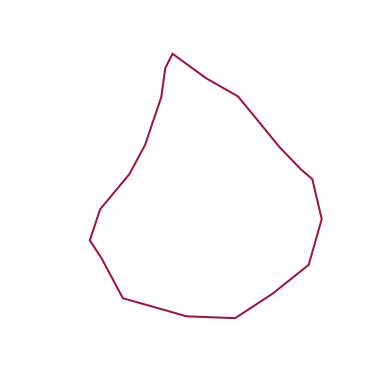 Mfoundi, Centre, Cameroon (orthographic projection), rotated 63°
{"feature_id": "32672807B36529963659187", "entity_name": "Mfoundi", "entity_type": "district", "adm_level": 2, "iso_a3": "CMR", "parent_name": "Cameroon", "parent_adm1": "Centre", "projection": "orthographic", "projection_center": [11.497, 3.804], "detail": "fine", "context": "isolated", "style": "outline", "palette": "rose", "viewbox_px": 384, "rotation_deg": 63, "n_neighbors": 0, "source": "geoboundaries", "source_scale": "gbopen_adm2", "svg_char_len": 419}
<svg xmlns="http://www.w3.org/2000/svg" viewBox="0 0 384 384"><g transform="rotate(63 192 192)"><path d="M60.0,146.6L69.4,159.5L93.6,176.4L128.8,212.5L147.7,239.8L165.6,281.6L188.7,305.0L209.7,302.7L255.3,301.8L277.8,277.5L300.3,253.3L324.0,210.8L319.1,166.2L309.9,121.1L275.0,88.7L235.1,79.0L221.3,84.7L191.5,93.7L166.0,99.2L127.8,107.6L97.0,127.8L60.0,146.6Z" fill="none" stroke="#9f1239" stroke-width="2"/></g></svg>